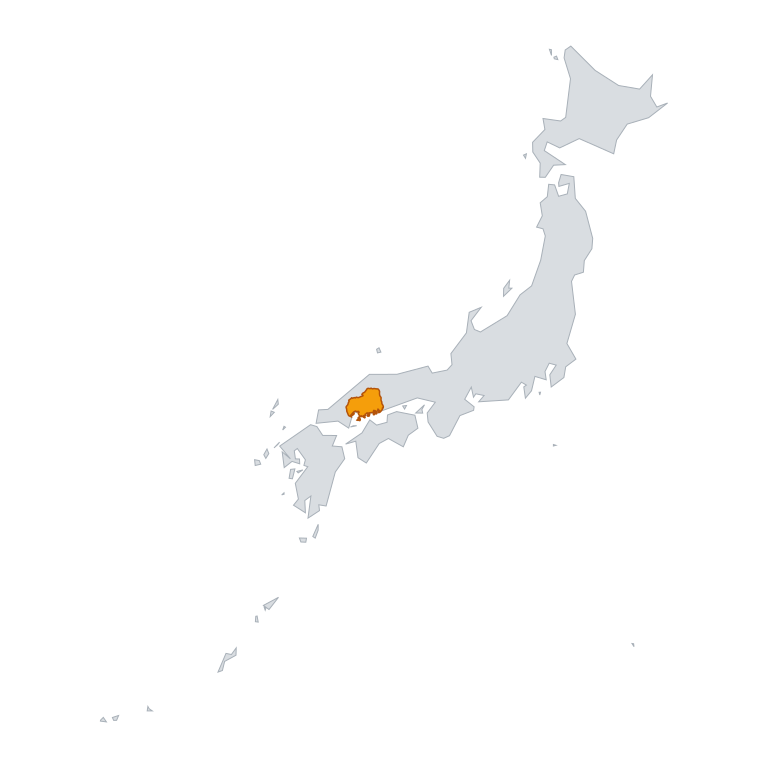 Japan, with Hiroshima highlighted
{"feature_id": "JPN-1821", "entity_name": "Hiroshima", "entity_type": "Prefecture", "adm_level": 1, "iso_a3": "JPN", "parent_name": "Japan", "parent_adm1": "", "projection": "orthographic", "projection_center": [132.763, 34.576], "detail": "fine", "context": "in_parent", "style": "filled", "palette": "amber", "viewbox_px": 768, "rotation_deg": 0, "n_neighbors": 0, "source": "natural_earth", "source_scale": "10m", "svg_char_len": 7304}
<svg xmlns="http://www.w3.org/2000/svg" viewBox="0 0 768 768"><path d="M561.1,174.5L573.8,176.7L575.3,198.4L585.6,211.3L592.7,238.4L591.9,248.7L584.3,260.6L583.4,272.2L574.6,275.0L571.5,281.4L575.4,314.3L566.9,343.5L575.9,359.1L565.7,366.8L563.9,377.5L551.2,387.0L549.8,374.8L556.2,365.1L549.2,363.2L545.0,371.5L546.2,379.8L534.9,376.4L531.5,390.8L525.4,398.2L523.8,386.9L526.4,385.1L521.4,382.2L508.4,399.9L478.7,401.8L484.1,395.5L475.8,393.8L473.5,397.2L471.3,387.1L464.7,399.3L474.1,406.8L473.6,410.3L459.9,415.6L449.5,435.7L443.7,438.3L437.1,436.3L428.1,422.0L427.2,413.0L435.3,402.2L417.3,397.9L375.2,413.2L353.2,412.5L348.7,428.1L338.0,421.1L316.1,423.3L318.6,409.9L327.9,409.4L369.4,374.4L397.0,374.3L428.0,366.1L432.2,373.1L447.1,370.1L452.0,364.7L450.9,353.6L466.4,332.9L469.2,312.3L481.2,307.3L471.0,320.7L474.4,329.5L480.4,332.0L507.1,315.7L520.1,294.8L531.6,285.9L540.7,260.2L545.3,236.0L543.0,228.8L536.6,227.1L542.3,215.8L540.2,202.8L547.3,196.7L548.7,184.3L554.6,184.9L558.6,196.3L567.3,193.9L569.3,183.4L558.9,186.4L558.6,182.8L561.1,174.5ZM618.6,85.5L639.6,89.1L652.5,74.8L650.5,96.3L656.8,107.0L667.6,103.0L648.6,117.7L627.2,124.1L616.6,140.0L613.7,153.8L579.2,138.6L559.7,147.9L547.2,141.9L544.3,150.6L565.3,164.6L553.6,165.2L545.3,177.3L539.7,177.2L540.2,163.1L532.8,152.0L532.6,142.3L544.9,129.5L543.0,118.5L560.6,121.0L565.7,117.4L570.5,78.7L564.1,57.9L565.2,50.0L570.8,46.1L595.1,70.4L618.6,85.5ZM322.7,435.4L336.6,435.5L332.3,446.0L341.9,446.8L344.7,458.7L335.3,472.0L326.1,506.0L318.8,504.8L319.5,510.6L308.0,518.1L310.9,496.0L304.8,500.5L305.4,512.8L293.5,505.2L298.4,499.1L295.3,483.3L307.8,466.7L303.9,465.4L305.4,459.8L297.3,448.5L294.3,450.8L295.4,458.9L299.5,459.0L299.7,463.8L292.0,461.4L284.2,467.6L282.2,451.9L290.4,458.8L279.7,446.1L310.6,424.7L316.9,426.6L322.7,435.4ZM396.6,411.6L414.9,415.2L417.9,428.2L408.3,435.2L403.3,446.8L388.4,438.5L379.2,443.5L366.3,463.0L358.0,457.7L355.8,441.2L345.6,444.1L362.0,432.9L369.8,419.9L376.6,425.1L387.0,422.3L387.5,415.0L396.6,411.6ZM236.0,655.2L224.6,661.4L222.4,670.5L218.0,672.1L226.0,653.4L231.4,654.5L236.2,647.9L236.0,655.2ZM511.9,288.2L503.5,296.3L503.7,288.3L509.6,280.3L508.8,288.1L511.9,288.2ZM278.5,597.3L269.0,609.5L263.4,605.4L278.5,597.3ZM292.4,478.8L289.1,478.3L290.6,469.4L294.9,468.9L292.4,478.8ZM422.7,413.1L415.7,413.0L424.5,404.8L421.9,409.5L422.7,413.1ZM305.8,542.2L300.9,542.0L299.4,538.0L306.5,538.2L305.8,542.2ZM278.3,404.2L272.6,409.4L277.8,399.5L278.3,404.2ZM315.2,538.1L312.8,536.5L318.2,524.3L318.1,530.3L315.2,538.1ZM254.6,459.7L259.3,460.6L260.7,464.2L255.2,465.5L254.6,459.7ZM274.3,412.3L270.2,416.6L271.1,411.0L274.3,412.3ZM106.4,721.9L100.4,721.1L100.5,720.2L103.3,717.4L106.4,721.9ZM380.9,352.1L377.5,352.9L376.6,349.3L379.0,347.8L380.9,352.1ZM265.8,458.4L263.8,454.7L267.0,449.0L268.8,453.6L265.8,458.4ZM118.6,715.5L116.6,720.3L113.7,720.4L112.4,717.5L118.6,715.5ZM258.2,622.1L255.4,621.7L255.8,616.3L257.1,616.0L258.2,622.1ZM557.8,59.6L554.3,58.8L553.9,57.2L556.5,56.1L557.8,59.6ZM302.9,469.9L298.2,472.9L296.9,471.4L302.9,469.9ZM525.5,158.3L523.5,155.1L526.4,153.8L525.5,158.3ZM350.4,427.0L353.2,425.8L356.7,425.7L350.4,427.0ZM551.4,49.7L551.5,55.4L549.4,49.3L551.4,49.7ZM277.8,444.5L274.0,447.9L279.6,442.1L277.8,444.5ZM152.3,710.9L147.2,710.9L147.9,706.5L149.2,708.8L152.3,710.9ZM285.5,427.2L282.7,430.0L284.0,426.3L285.5,427.2ZM406.5,405.5L404.6,409.1L402.7,406.0L406.5,405.5ZM266.0,607.8L265.2,610.2L264.2,607.2L266.0,607.8ZM540.5,392.2L539.8,395.0L539.1,392.3L540.5,392.2ZM284.1,494.2L281.7,494.9L284.0,492.8L284.1,494.2ZM359.3,417.4L359.5,420.5L357.1,420.1L359.3,417.4ZM556.0,445.3L553.4,446.0L553.4,444.5L556.0,445.3ZM633.6,643.7L634.0,646.7L632.0,643.5L633.6,643.7Z" fill="#d9dde1" stroke="#a8b0b8" stroke-width="1"/><path d="M383.2,407.7L382.8,407.7L382.5,407.9L382.4,408.4L382.6,408.6L382.4,409.3L380.5,411.7L380.1,412.1L379.3,412.5L378.9,412.6L378.6,412.6L378.5,412.3L378.6,412.0L378.9,411.9L379.3,411.8L379.6,411.7L379.8,411.1L379.5,410.8L379.0,410.6L378.3,410.6L378.3,410.4L378.8,410.0L378.5,409.4L378.0,409.2L377.5,410.8L377.1,411.3L376.6,411.6L376.3,412.0L376.8,412.4L377.0,413.0L376.8,413.6L376.4,413.9L376.2,413.8L375.9,413.5L375.7,413.5L375.3,413.8L374.8,414.1L374.2,414.7L373.9,414.8L373.5,414.6L373.3,414.0L373.4,412.7L373.5,412.8L373.8,412.4L374.2,411.8L374.5,411.6L374.6,411.9L374.6,412.4L374.5,412.8L375.0,412.7L375.4,411.6L375.9,411.5L375.9,411.3L375.5,410.9L375.0,410.6L374.7,410.6L374.2,410.6L373.9,410.4L373.6,410.6L373.7,411.7L373.0,412.3L371.9,412.5L369.1,412.8L368.4,413.2L367.6,413.7L367.1,412.9L366.6,413.2L366.1,413.8L365.6,414.2L365.2,414.3L365.2,414.5L365.4,414.8L365.6,415.1L365.4,415.4L365.0,415.5L364.2,415.5L363.6,415.7L362.3,416.5L361.6,416.6L361.4,416.5L361.3,416.2L361.2,415.9L361.0,416.0L360.8,416.1L360.8,416.3L360.7,416.4L359.9,416.8L359.6,416.8L359.4,416.4L359.8,415.9L359.5,415.5L359.1,415.1L358.7,414.3L358.4,413.8L358.3,413.7L358.3,413.3L358.4,413.0L358.4,412.8L358.3,412.4L358.5,412.3L358.8,412.2L359.0,412.2L358.9,411.8L358.7,411.6L358.1,411.3L357.7,411.5L357.2,411.7L356.6,411.7L355.7,411.1L355.1,411.2L354.1,411.7L353.2,412.4L350.8,415.2L351.1,415.7L351.2,416.3L351.3,416.8L351.1,416.7L350.2,416.4L349.5,416.0L349.2,415.9L348.7,415.6L348.3,414.9L346.8,411.3L346.6,408.9L346.3,408.2L346.2,407.7L346.1,407.4L346.1,407.0L346.3,406.5L346.7,406.0L347.5,405.1L347.9,404.3L348.1,403.8L348.2,403.2L348.3,402.8L348.5,402.4L348.9,401.7L349.0,401.4L349.0,401.0L348.8,400.6L348.8,400.2L349.1,399.9L350.5,398.9L351.1,398.4L351.4,398.0L351.6,397.8L351.9,397.8L352.1,398.0L352.3,398.2L352.7,398.3L353.2,398.0L354.3,397.6L354.7,397.7L355.1,397.9L355.3,397.9L355.7,397.8L356.0,397.4L356.2,397.2L356.6,397.2L357.0,397.4L357.4,397.5L358.5,397.6L358.8,397.5L359.4,397.3L360.5,396.7L362.7,396.0L362.9,395.8L363.0,395.4L362.8,395.1L362.5,394.9L362.1,394.7L361.9,394.4L362.0,394.2L362.2,393.9L362.7,393.3L363.0,393.1L363.3,392.8L363.9,392.6L364.3,392.4L364.8,392.0L366.4,389.9L366.9,389.0L367.2,388.7L367.6,388.5L368.1,388.3L369.8,388.6L370.2,388.6L370.9,388.2L371.2,388.2L372.0,388.7L372.4,388.8L372.8,388.8L374.0,388.5L374.8,388.6L375.8,388.8L377.4,388.9L378.4,389.2L379.4,390.9L379.6,391.8L379.5,392.9L379.5,393.7L379.6,394.7L379.7,395.3L379.9,395.8L381.0,397.4L381.1,397.8L381.1,398.3L381.0,398.8L381.0,399.5L381.1,400.2L381.2,400.8L381.8,402.0L381.8,403.4L382.0,403.8L382.2,404.2L382.8,405.1L383.1,405.9L383.3,406.3L383.3,406.5L383.3,407.2L383.2,407.7L383.2,407.7ZM359.6,420.6L359.0,420.3L357.6,420.3L357.0,420.1L357.5,419.5L358.1,419.2L358.4,418.7L358.1,417.9L358.4,417.5L358.7,417.3L359.0,417.2L359.3,417.3L359.6,417.5L359.4,417.9L359.2,417.9L359.4,418.3L359.5,418.7L359.5,419.0L359.5,419.4L360.2,419.1L360.3,419.7L360.0,420.5L359.6,420.6ZM369.4,414.0L369.6,413.8L369.7,414.1L369.6,414.8L369.3,415.5L369.3,415.8L369.0,416.1L368.4,416.2L367.8,416.2L367.5,416.0L367.3,415.6L367.4,415.2L367.6,415.1L368.4,414.7L368.7,414.7L369.0,414.5L369.4,414.0ZM353.9,413.1L354.1,413.4L354.1,413.7L354.1,413.9L353.6,414.4L352.8,415.1L352.3,415.3L352.0,415.1L352.0,414.8L352.5,413.9L352.9,413.5L353.3,413.3L353.6,413.1L353.9,413.1ZM364.5,416.6L365.0,416.9L365.1,417.3L365.0,417.6L364.8,417.7L364.6,417.8L364.5,417.7L364.3,417.4L364.1,417.5L363.4,417.1L363.2,416.8L363.4,416.5L363.7,416.4L364.3,416.6L364.5,416.6Z" fill="#f59e0b" stroke="#b45309" stroke-width="1.5"/></svg>